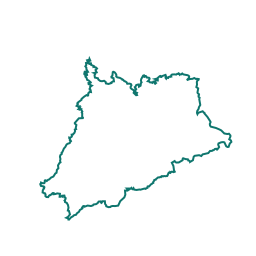 Kota Tasikmalaya, Jawa Barat, Indonesia (Natural Earth projection), rotated 257°
{"feature_id": "22746128B57000549481658", "entity_name": "Kota Tasikmalaya", "entity_type": "district", "adm_level": 2, "iso_a3": "IDN", "parent_name": "Indonesia", "parent_adm1": "Jawa Barat", "projection": "natural_earth1", "projection_center": [108.229, -7.36], "detail": "fine", "context": "isolated", "style": "outline", "palette": "teal", "viewbox_px": 256, "rotation_deg": 257, "n_neighbors": 0, "source": "geoboundaries", "source_scale": "gbopen_adm2", "svg_char_len": 5786}
<svg xmlns="http://www.w3.org/2000/svg" viewBox="0 0 256 256"><g transform="rotate(257 128 128)"><path d="M93.0,29.9L91.2,30.1L90.0,32.8L89.2,33.2L88.7,32.6L87.9,32.6L87.8,32.1L86.5,31.0L84.4,30.3L83.7,31.4L83.1,31.7L82.9,32.5L81.6,32.7L80.3,32.2L79.1,33.0L78.6,34.7L79.8,35.8L80.2,36.8L80.0,37.3L81.5,39.9L81.5,40.3L81.3,40.9L80.2,40.6L80.0,42.5L80.2,44.3L79.2,46.9L76.4,45.9L76.2,46.5L76.5,47.8L75.8,48.7L76.8,48.8L76.5,50.8L74.4,50.9L73.7,51.5L72.5,50.9L71.6,49.9L71.3,50.2L70.0,50.0L68.8,51.5L66.4,52.2L63.7,52.1L61.1,50.8L60.5,51.8L56.9,52.0L54.9,49.6L54.4,47.8L53.4,49.3L52.6,49.8L52.2,49.5L52.0,49.9L53.8,52.5L54.3,54.4L55.1,55.6L55.2,58.0L56.3,58.9L57.4,61.4L58.9,62.6L59.9,65.5L60.7,65.9L61.0,65.6L62.0,66.9L61.8,67.7L61.1,68.0L61.5,71.2L60.3,74.4L60.5,76.4L61.2,77.2L61.0,79.8L61.7,81.6L62.9,82.8L62.7,84.5L61.0,85.2L61.2,85.7L62.4,86.4L61.8,89.0L59.2,88.6L57.6,89.3L56.6,89.2L55.3,91.1L55.0,93.0L55.5,93.9L55.5,95.4L54.8,98.0L54.6,101.0L58.5,104.0L61.2,108.8L63.6,110.4L67.7,111.0L67.1,113.4L67.5,114.3L68.4,113.6L68.7,114.0L69.2,113.6L68.8,115.5L68.0,115.8L68.8,117.7L68.3,117.7L67.4,118.6L68.2,119.8L66.6,120.1L65.7,122.4L65.5,125.3L65.1,126.2L65.3,130.4L64.7,131.5L65.2,132.1L65.3,133.5L66.6,133.9L66.7,134.4L66.3,135.4L68.0,137.8L68.2,138.8L68.8,139.6L68.8,140.3L70.0,140.6L70.7,141.6L71.5,142.0L71.4,143.4L71.8,143.6L73.1,146.2L72.8,147.3L73.0,148.4L72.7,149.1L73.5,149.8L73.5,150.4L72.9,151.1L73.1,152.3L72.5,154.0L72.6,155.3L72.0,156.1L72.8,155.7L75.3,157.6L74.9,158.6L75.5,159.0L74.9,159.4L75.5,160.2L75.6,161.0L74.7,162.5L74.9,163.7L76.3,163.3L80.8,163.7L84.3,162.9L85.3,166.0L84.6,166.2L83.5,167.2L83.0,169.7L84.3,173.9L85.6,174.3L86.1,174.9L84.7,177.2L84.0,179.3L82.8,179.4L82.5,180.1L81.5,181.0L81.0,180.9L82.0,184.0L85.3,185.6L85.9,186.8L85.5,191.2L84.2,193.1L85.5,194.8L85.5,200.6L87.2,202.8L86.8,204.6L87.3,205.7L87.1,206.4L88.0,208.0L87.9,209.3L86.9,209.9L87.0,210.2L88.9,212.5L91.4,212.1L92.6,212.7L93.1,215.5L92.9,217.5L92.3,218.7L88.1,219.6L87.1,220.7L87.0,221.8L90.0,223.7L91.2,225.6L92.7,225.5L94.2,224.1L96.7,225.9L97.7,226.1L99.7,225.1L99.8,223.4L101.0,220.6L104.7,218.3L106.2,216.5L108.3,213.6L110.7,209.0L111.9,208.5L113.5,208.6L115.2,209.8L115.8,209.7L120.9,207.9L124.7,205.9L125.6,205.9L125.8,205.4L127.5,204.5L127.1,200.5L126.7,199.5L125.9,198.8L127.2,198.6L129.0,199.3L130.9,201.2L132.2,201.7L134.2,203.6L140.0,203.9L141.4,204.6L142.5,203.8L143.4,203.9L144.3,204.7L145.1,204.7L146.1,203.8L147.0,203.7L150.8,205.3L152.5,203.8L154.7,205.0L157.3,205.4L158.4,206.1L159.2,207.7L159.8,207.9L160.5,206.1L160.4,205.3L161.8,203.8L161.4,201.9L161.8,199.2L161.4,196.1L163.3,198.8L164.5,199.2L165.2,198.9L166.0,198.0L167.8,193.9L168.9,193.1L168.2,191.6L168.7,190.7L168.4,190.3L169.5,190.0L169.9,189.6L169.4,188.9L169.7,188.1L169.2,187.1L169.8,185.3L170.2,183.0L169.8,182.1L168.6,181.8L168.9,181.4L168.4,180.9L168.7,180.5L168.5,178.9L167.8,178.5L168.3,177.6L167.9,177.2L168.0,176.7L167.5,176.3L168.3,175.9L169.1,176.0L169.4,176.7L171.3,176.5L170.9,172.9L170.2,172.1L170.3,171.6L171.4,171.3L171.4,170.7L170.1,168.2L167.6,167.7L167.9,166.6L168.4,167.1L169.6,166.7L169.6,165.5L169.0,166.4L168.6,165.7L167.2,164.9L166.3,164.8L165.5,165.4L165.0,164.4L165.6,164.0L166.8,164.3L167.4,163.6L167.5,163.1L166.5,161.8L167.2,161.1L167.5,159.7L168.6,159.0L169.1,157.9L170.4,159.7L171.5,160.2L172.2,159.8L173.0,157.6L173.9,157.5L174.7,157.0L174.8,156.3L174.1,155.6L174.4,155.0L175.7,155.2L175.6,154.5L172.7,151.9L171.2,151.2L169.4,151.5L168.9,150.7L166.4,149.8L165.8,148.0L168.0,148.2L168.1,147.6L168.0,145.7L166.5,144.5L166.3,143.8L165.6,143.8L164.8,144.5L163.9,144.0L163.7,144.4L163.0,143.6L161.5,143.0L160.2,144.7L159.4,143.9L158.1,144.2L158.1,143.3L161.0,141.4L162.7,142.4L163.2,142.4L165.2,140.3L166.3,139.6L167.4,139.7L168.9,141.0L170.2,140.7L170.9,139.5L171.3,137.2L172.7,137.0L174.0,135.9L174.4,135.0L175.9,134.2L176.3,133.4L176.7,133.5L178.7,131.3L179.8,128.9L180.9,128.1L182.2,128.6L183.3,128.4L185.0,127.7L186.0,126.6L186.1,126.2L185.8,125.7L182.5,124.6L181.8,123.4L180.9,123.3L179.8,125.1L176.6,124.8L176.8,123.9L176.0,121.7L175.5,121.8L175.3,118.9L176.4,116.5L177.9,116.6L179.4,115.3L179.4,113.3L180.0,111.6L181.9,110.0L183.2,109.9L184.6,107.1L187.1,107.3L188.1,108.3L188.7,108.1L189.3,107.3L189.3,110.0L191.8,109.4L192.9,111.2L194.0,110.6L194.7,109.3L195.4,109.1L195.3,108.1L196.3,108.3L197.9,106.2L199.3,106.5L199.6,105.7L199.0,105.2L199.1,104.7L200.2,104.3L200.4,103.8L201.8,103.9L202.1,106.4L204.0,106.0L203.2,105.6L203.2,103.4L202.2,103.6L200.4,102.8L200.7,101.7L198.7,101.5L197.7,100.3L196.2,101.0L194.6,100.7L191.7,101.6L191.7,101.0L192.6,99.2L192.6,98.5L190.5,97.5L190.0,97.7L189.9,98.2L190.6,99.2L189.9,100.1L188.8,100.1L188.1,98.1L187.4,98.1L186.2,98.9L184.1,99.0L183.2,100.3L180.8,102.0L180.5,101.7L180.7,99.6L179.6,99.5L177.4,102.3L176.7,100.4L175.5,100.1L174.7,99.3L173.4,100.1L171.4,100.0L172.0,98.7L171.4,98.4L170.8,97.1L168.7,96.5L168.6,96.0L169.4,95.0L168.4,92.3L166.8,89.3L165.9,89.0L164.0,84.6L163.4,84.2L162.6,84.6L161.1,82.9L160.4,83.9L160.0,85.6L159.3,85.0L159.0,85.8L157.7,84.2L157.5,85.5L156.8,85.2L156.8,86.8L156.0,86.6L154.3,87.2L153.5,86.4L152.6,86.7L149.4,85.9L148.2,86.4L147.8,86.2L148.5,82.3L144.9,77.3L144.3,77.2L142.6,78.4L139.6,77.0L138.6,77.2L138.4,75.8L136.8,75.7L135.2,74.6L134.8,73.6L134.1,73.2L134.2,71.6L132.6,71.5L132.1,71.1L131.5,69.4L131.9,68.6L131.2,68.5L130.9,69.1L129.2,68.6L128.8,69.3L128.0,69.5L127.3,68.4L126.4,67.8L126.2,65.6L125.7,64.4L123.7,62.7L122.4,60.9L119.5,58.8L118.8,57.7L117.7,57.7L116.7,55.9L115.2,55.2L113.0,55.2L111.3,54.4L109.7,54.5L109.3,53.3L107.3,51.4L104.4,51.1L103.2,49.3L100.5,48.3L100.0,46.9L97.5,44.4L97.0,41.9L95.6,39.6L95.5,38.4L94.6,36.9L95.5,36.1L95.7,35.5L95.5,35.1L93.5,34.5L93.1,34.0L93.4,32.4L94.4,31.0L93.1,30.5L93.0,29.9Z" fill="none" stroke="#0f766e" stroke-width="2"/></g></svg>